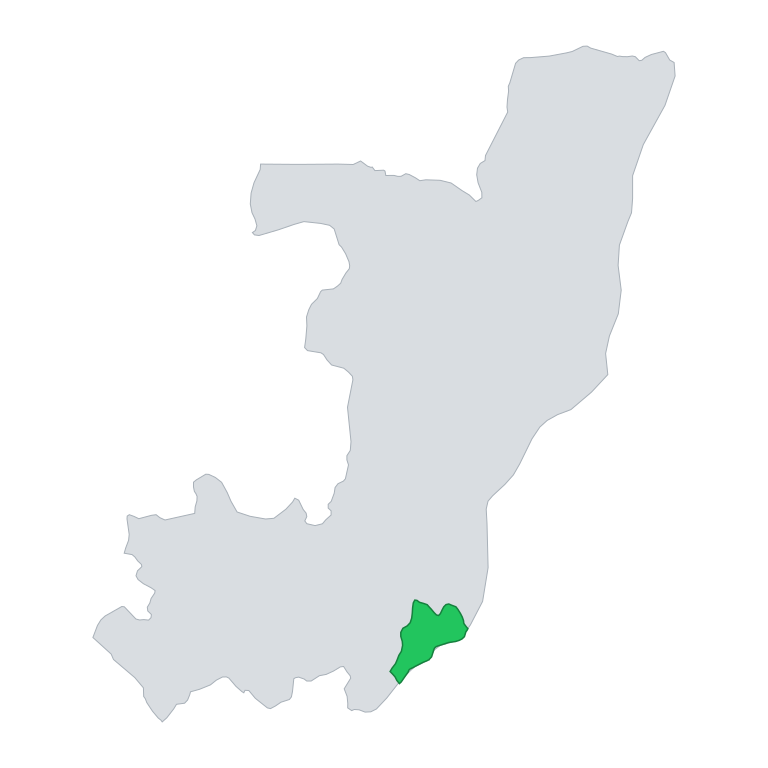 location of Brazzaville within Republic of the Congo
{"feature_id": "COG-4855", "entity_name": "Brazzaville", "entity_type": "Region", "adm_level": 1, "iso_a3": "COG", "parent_name": "Republic of the Congo", "parent_adm1": "", "projection": "orthographic", "projection_center": [15.461, -3.984], "detail": "fine", "context": "in_parent", "style": "filled", "palette": "green", "viewbox_px": 768, "rotation_deg": 0, "n_neighbors": 0, "source": "natural_earth", "source_scale": "10m", "svg_char_len": 4673}
<svg xmlns="http://www.w3.org/2000/svg" viewBox="0 0 768 768"><path d="M92.9,637.5L97.5,625.4L100.9,619.9L105.1,616.0L121.8,606.5L124.3,606.8L135.9,619.0L139.6,620.0L143.7,619.6L148.6,620.1L151.0,617.7L151.4,614.5L147.8,611.0L147.3,607.2L149.8,603.1L151.1,598.5L154.7,593.1L155.1,590.6L151.3,587.9L143.4,583.7L138.1,579.6L136.0,575.8L137.5,570.8L141.8,566.7L141.5,564.5L137.7,560.9L134.9,557.0L132.1,554.6L124.2,553.2L125.7,548.0L128.6,540.3L129.2,534.4L127.0,518.9L127.2,516.1L129.3,514.7L134.0,516.4L138.8,518.7L151.6,515.3L156.1,514.7L159.9,517.7L165.0,520.0L194.7,513.4L195.2,506.9L196.9,500.9L197.1,496.4L195.9,493.6L194.4,491.4L193.5,487.0L193.5,482.2L196.3,479.9L205.8,474.2L208.8,474.4L215.4,477.5L221.6,482.3L227.2,492.5L231.0,501.3L237.1,512.0L250.1,516.3L265.5,519.0L273.9,518.3L285.9,509.2L292.6,502.0L294.8,498.2L298.7,500.2L303.2,509.5L306.1,513.1L306.8,516.6L304.8,520.9L306.8,523.7L315.1,525.6L322.4,523.8L325.7,519.9L331.1,515.0L331.1,510.8L328.2,508.1L328.2,504.3L331.2,501.4L334.2,493.3L335.1,487.5L338.0,483.7L343.4,481.1L345.4,478.8L348.5,464.9L346.9,459.9L346.9,455.7L350.3,450.4L351.0,441.7L347.5,407.3L352.9,379.8L352.4,376.3L348.5,372.1L343.8,368.2L331.6,365.0L327.0,359.9L323.5,354.5L320.9,352.8L307.5,350.6L304.6,347.6L305.8,338.9L306.9,325.9L306.5,317.0L308.8,309.7L311.5,304.3L317.4,298.5L320.6,291.7L322.3,290.1L333.4,288.9L337.5,286.1L340.7,283.2L342.1,279.4L345.9,273.0L349.3,268.7L349.7,265.8L349.0,261.7L345.6,253.7L341.5,247.0L339.1,244.7L334.2,229.0L329.6,225.3L320.6,223.4L303.9,221.6L293.8,224.5L278.4,229.8L259.0,235.5L254.5,234.9L252.4,232.6L255.4,230.5L256.9,225.8L255.0,219.0L252.0,212.7L250.3,204.0L251.1,193.1L254.0,182.8L260.2,169.5L260.6,164.1L297.8,164.4L337.9,164.1L353.2,164.5L360.6,161.0L367.6,166.2L371.1,167.4L372.2,167.0L374.9,170.6L383.7,170.2L385.0,171.1L385.8,175.5L393.9,175.4L397.9,176.4L401.1,176.3L405.8,173.7L409.2,174.5L415.4,177.8L419.8,180.7L425.9,179.8L440.1,180.3L451.1,183.0L462.0,190.6L469.3,195.0L475.9,201.5L478.3,200.4L481.9,197.8L481.8,192.3L478.1,182.8L476.7,174.8L477.5,168.2L480.3,163.4L485.0,160.6L485.5,155.5L507.7,112.1L507.0,107.1L507.5,99.6L508.6,91.2L508.3,86.3L509.8,82.9L515.6,63.3L518.7,60.0L523.6,57.7L530.6,57.6L549.2,56.1L566.4,52.9L572.2,51.5L583.0,46.3L587.2,46.1L590.7,48.1L611.7,54.1L617.4,56.5L619.5,56.1L622.6,56.6L627.5,56.7L632.3,56.0L635.3,56.7L639.2,60.7L641.8,60.3L645.1,57.4L651.4,54.5L663.5,51.3L665.5,52.7L669.7,60.0L674.1,62.5L675.1,76.0L665.0,105.3L643.3,144.6L632.6,175.7L632.6,198.5L631.5,212.8L627.9,221.5L619.4,245.1L618.1,265.4L621.2,290.2L618.3,313.8L609.4,336.0L605.6,353.5L607.8,374.6L591.5,392.1L570.9,409.6L557.6,414.6L547.2,420.4L539.8,427.1L532.0,438.8L519.7,463.9L513.4,474.9L505.0,484.3L492.6,495.8L488.0,501.2L486.2,509.1L487.0,523.5L488.1,567.6L482.6,601.4L470.4,624.9L461.3,638.0L452.1,642.0L440.1,645.5L434.3,650.0L430.8,656.5L424.1,662.2L414.2,667.1L401.7,679.0L386.7,698.1L376.4,709.0L370.8,711.8L365.1,712.1L359.1,709.8L354.2,709.5L351.7,710.6L347.7,707.9L347.8,703.5L347.1,696.3L344.2,688.8L350.7,678.2L350.2,675.8L347.1,672.0L343.6,666.5L340.3,666.9L333.4,671.1L326.2,674.4L319.4,675.7L311.2,681.0L306.7,681.0L304.1,679.0L298.6,677.1L295.5,677.7L293.8,678.7L292.5,691.4L291.4,696.9L289.4,699.5L281.0,702.2L275.4,706.0L270.5,708.6L267.4,707.9L255.3,698.3L248.8,690.5L245.0,690.3L243.8,692.8L241.9,691.6L236.0,686.4L228.9,678.1L226.4,676.9L222.5,677.0L216.4,680.1L210.4,684.9L199.5,689.3L190.5,691.8L189.7,694.8L187.6,700.0L184.6,703.2L176.5,704.3L173.7,708.9L166.8,717.8L162.2,721.9L161.0,720.2L158.2,718.0L152.5,711.2L146.8,702.6L145.3,698.7L143.7,696.5L143.4,687.8L134.8,677.6L113.5,659.5L111.2,654.1L92.9,637.5Z" fill="#d9dde1" stroke="#a8b0b8" stroke-width="1"/><path d="M467.9,628.7L466.8,630.7L466.2,631.3L465.8,632.1L464.4,636.7L462.5,638.5L462.1,638.9L459.1,640.4L455.6,641.5L452.1,642.0L448.7,642.5L437.5,646.1L436.1,646.7L434.9,647.6L434.0,649.1L431.6,656.8L431.1,657.4L429.4,659.2L429.1,659.8L428.4,660.0L426.5,661.0L423.5,662.1L414.9,666.5L413.3,667.5L411.2,668.4L409.3,669.5L408.5,671.1L408.1,672.1L405.2,676.2L401.1,682.1L399.4,683.6L396.9,680.5L395.0,676.8L392.8,674.3L390.1,671.5L392.1,668.1L395.5,663.7L397.1,660.0L398.9,655.3L401.4,651.3L402.6,645.4L402.3,641.4L400.8,636.4L400.8,632.4L402.9,628.3L407.2,625.9L410.2,622.7L411.7,618.1L412.3,613.1L412.6,607.9L413.3,602.9L414.8,600.1L417.0,600.4L419.5,602.3L423.8,603.5L427.2,604.7L429.1,606.9L431.2,609.1L434.0,612.5L436.5,615.0L438.6,615.5L440.4,613.6L442.3,609.6L443.8,606.8L446.0,604.6L448.8,604.0L451.6,605.2L455.9,606.8L457.9,609.4L460.4,613.4L462.3,617.1L463.5,620.6L463.8,623.4L465.1,625.2L466.3,626.8L467.9,628.7Z" fill="#22c55e" stroke="#15803d" stroke-width="1.5"/></svg>